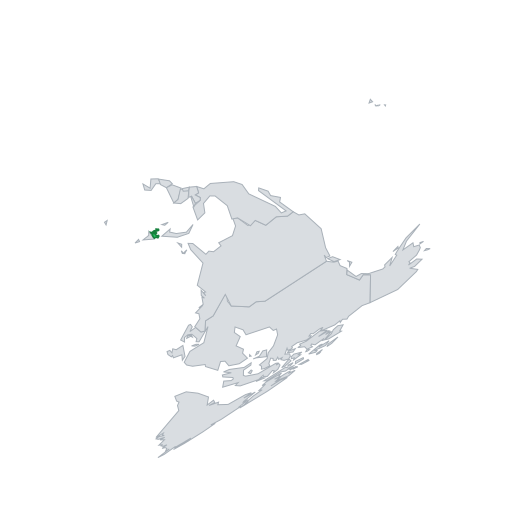 Haiti on a map of North America (Equal Earth projection), rotated 148°
{"feature_id": "HTI", "entity_name": "Haiti", "entity_type": "country or territory", "adm_level": 0, "iso_a3": "HTI", "parent_name": "North America", "parent_adm1": "", "projection": "equal_earth", "projection_center": [-72.755, 19.066], "detail": "fine", "context": "in_parent", "style": "filled", "palette": "green", "viewbox_px": 512, "rotation_deg": 148, "n_neighbors": 17, "source": "natural_earth", "source_scale": "50m", "svg_char_len": 10199}
<svg xmlns="http://www.w3.org/2000/svg" viewBox="0 0 512 512"><g transform="rotate(148 256 256)"><path d="M199.0,214.2L193.3,209.5L189.1,208.2L189.8,203.3L185.5,197.2L188.9,192.2L181.0,180.8L175.0,183.3L168.8,179.4L183.9,156.0L192.3,157.7L209.4,155.8L212.3,154.3L216.2,156.5L219.8,155.0L219.2,156.6L225.7,155.8L238.1,157.7L240.6,158.9L237.0,160.0L240.8,160.5L248.8,159.8L250.6,161.2L253.4,160.0L251.5,159.1L253.2,158.3L257.7,158.0L267.0,160.6L273.7,160.3L273.8,158.8L275.8,158.5L279.0,159.2L278.5,161.4L283.5,157.4L279.3,155.2L280.0,152.9L282.9,151.4L287.5,152.6L289.8,154.9L287.7,156.0L291.6,156.4L291.2,158.7L294.4,156.9L296.7,158.4L295.8,160.1L297.7,161.6L302.1,158.0L302.5,155.6L308.6,156.1L311.4,157.2L309.7,159.5L310.8,161.8L301.0,163.1L296.9,167.5L288.8,170.5L279.4,177.7L277.3,183.2L280.8,183.7L282.2,188.7L306.2,194.5L306.1,200.3L311.4,206.9L314.9,202.6L312.1,196.0L320.5,190.3L316.0,183.6L318.9,180.7L317.4,173.9L327.3,173.5L337.2,177.3L338.0,183.2L342.0,185.3L349.0,179.3L357.4,189.0L356.6,190.9L368.2,196.1L372.6,200.3L373.2,203.9L362.6,210.1L346.2,210.1L334.1,221.6L349.8,213.4L352.2,215.1L349.9,217.3L351.8,223.6L355.4,225.3L359.8,224.8L362.2,220.9L364.4,224.7L349.9,233.0L347.8,232.7L347.6,229.7L352.1,226.9L344.9,227.4L342.9,220.7L339.1,219.4L333.1,227.8L324.1,227.9L303.1,239.7L301.2,238.6L304.2,232.9L303.5,226.7L288.7,216.5L280.1,217.1L272.3,212.9L199.0,214.2ZM303.8,173.5L305.6,172.3L308.8,172.3L305.9,174.3L303.8,173.5ZM315.2,149.7L313.2,148.0L322.5,149.6L318.1,149.6L315.2,149.7ZM313.7,175.7L313.2,173.7L314.7,174.3L313.7,175.7ZM287.5,145.8L286.2,146.4L281.0,145.9L285.3,144.7L287.5,145.8ZM288.0,141.8L283.5,141.7L283.0,141.3L287.0,141.3L288.0,141.8ZM279.2,139.9L285.0,140.5L281.3,141.3L279.2,139.9ZM315.4,145.9L289.9,146.0L287.5,143.6L281.2,142.9L292.2,142.9L296.7,144.7L312.9,144.5L315.4,145.9ZM251.1,141.0L256.7,141.1L249.2,141.5L251.1,141.0ZM254.0,139.9L257.4,140.3L251.7,140.5L254.0,139.9ZM373.7,206.6L371.2,211.5L380.0,213.4L379.5,215.8L381.2,215.3L382.9,219.1L382.1,222.1L379.1,221.6L378.6,218.4L375.8,221.4L373.3,218.8L365.4,218.9L369.4,208.5L373.7,206.6ZM300.5,165.1L309.8,169.5L313.0,170.2L306.3,169.2L300.5,171.9L296.7,170.7L300.5,165.1ZM313.1,151.1L319.3,149.8L338.2,154.2L342.2,157.1L338.3,158.1L353.8,162.4L349.6,167.0L343.1,163.5L340.3,163.8L340.0,165.2L348.2,171.0L347.6,172.9L338.8,170.1L345.0,174.9L338.7,173.9L325.1,167.8L316.7,168.0L318.2,166.2L327.1,165.8L330.0,161.4L328.5,159.6L316.6,155.0L296.0,154.5L294.3,153.7L296.7,152.8L293.7,152.8L293.4,150.8L297.6,148.3L303.0,147.8L301.3,149.0L302.7,150.2L310.2,147.9L313.5,149.9L313.1,151.1ZM281.9,148.5L289.6,147.3L293.4,147.7L282.5,151.1L281.9,148.5ZM229.4,143.9L238.1,141.8L243.9,141.6L241.2,143.2L229.4,143.9ZM178.0,199.9L182.2,197.7L180.0,201.2L181.1,203.8L178.0,199.9ZM266.0,139.3L274.8,140.0L276.7,141.2L266.1,140.6L268.1,140.2L266.0,139.3ZM196.7,215.8L191.4,214.8L186.6,208.4L192.8,209.9L196.7,215.8ZM223.4,147.0L238.3,147.2L241.9,148.4L233.3,150.2L229.5,152.5L223.5,153.5L218.6,151.5L224.7,148.1L223.4,147.0ZM256.4,142.8L263.3,144.9L249.4,146.7L246.3,146.2L250.8,145.5L238.9,145.4L244.6,143.3L256.6,144.9L254.4,143.4L256.4,142.8ZM256.2,149.1L262.1,149.9L262.9,153.3L269.1,156.2L265.5,156.4L265.7,158.1L258.4,157.1L242.0,158.6L234.7,155.4L245.6,154.6L234.1,154.2L233.3,153.4L238.6,152.6L232.0,152.1L242.4,148.7L244.3,149.1L242.9,150.0L253.0,149.4L255.5,151.9L256.9,151.1L256.2,149.1ZM272.4,149.9L270.5,148.6L279.3,147.9L277.5,149.3L280.4,150.2L279.6,151.9L275.9,152.7L268.0,150.2L272.4,149.9ZM260.3,148.2L263.0,148.1L264.5,148.5L262.2,149.8L260.3,148.2ZM270.2,143.6L279.8,143.7L278.3,145.7L269.8,144.8L270.2,143.6ZM283.4,138.3L292.0,137.1L304.3,139.3L297.8,140.7L290.2,140.6L288.3,140.1L290.0,139.2L283.4,138.3ZM293.7,136.4L317.3,135.3L350.5,135.7L339.5,136.8L343.7,136.8L332.8,138.7L321.7,139.3L324.3,139.5L323.0,139.7L324.6,140.4L315.9,142.2L319.5,142.9L314.1,143.8L296.3,143.3L300.0,142.3L299.2,141.2L305.6,141.7L299.9,140.6L305.7,139.3L302.3,138.2L312.2,137.9L301.1,137.9L293.7,136.4ZM324.4,161.0L320.5,161.9L320.0,160.7L322.9,159.1L324.4,161.0ZM275.6,155.0L280.5,157.3L279.0,158.1L271.8,156.6L275.6,155.0ZM351.1,211.3L355.5,211.9L358.3,213.9L353.6,212.9L351.1,211.3ZM352.9,220.8L353.9,222.5L358.4,222.9L356.2,224.5L352.7,223.0L352.9,220.8Z" fill="#d9dde1" stroke="#a8b0b8" stroke-width="1"/><path d="M199.0,214.2L272.3,212.9L280.1,217.1L288.7,216.5L303.5,226.7L302.4,239.7L324.1,227.9L333.1,227.8L339.1,219.4L342.9,220.7L345.4,228.5L336.9,232.5L335.0,237.3L337.4,239.8L327.1,242.4L332.0,242.4L326.4,243.0L323.7,249.7L322.0,247.6L323.3,251.6L320.7,256.0L319.7,248.9L319.7,252.8L317.8,252.2L321.3,262.3L304.7,278.1L308.0,296.0L306.9,302.7L303.0,300.1L297.6,284.0L293.4,285.1L289.7,282.1L280.3,283.1L280.6,287.0L265.2,285.7L257.4,292.3L255.7,300.2L251.4,298.1L246.7,286.1L237.8,286.6L231.4,276.9L218.0,278.5L208.1,273.1L201.0,273.8L197.9,268.1L192.3,265.9L186.3,244.6L192.6,226.1L193.3,216.9L197.2,217.4L197.7,220.6L199.0,214.2ZM183.9,156.0L168.8,179.4L175.0,183.3L181.0,180.8L188.9,192.2L186.1,195.6L182.0,185.6L176.0,185.3L170.2,181.5L155.4,177.8L152.4,178.4L151.6,180.3L141.4,182.6L147.9,176.7L136.2,182.1L137.1,183.5L133.4,185.5L119.1,191.9L100.1,196.3L120.5,188.9L128.2,183.3L115.9,184.0L117.3,180.3L111.8,178.8L112.2,176.1L114.3,174.5L119.4,171.7L129.4,170.1L129.0,168.5L131.5,167.5L121.3,168.3L116.9,165.3L127.0,163.1L132.2,164.2L125.9,158.9L128.2,157.8L153.6,152.5L183.9,156.0ZM104.4,170.0L107.1,170.3L110.3,171.3L107.6,172.1L104.4,170.0ZM75.4,325.0L79.1,325.8L76.0,328.3L75.4,325.0ZM74.8,319.7L75.0,321.5L74.4,320.0L74.8,319.7ZM73.0,318.8L74.3,319.5L72.7,319.3L73.0,318.8ZM70.4,318.5L71.9,318.4L71.7,318.7L70.4,318.5ZM66.8,314.7L66.9,316.1L66.0,315.4L66.8,314.7ZM106.2,179.6L110.5,179.4L109.9,180.5L106.2,179.6ZM131.1,187.5L137.5,187.2L130.6,188.9L131.1,187.5Z" fill="#d9dde1" stroke="#a8b0b8" stroke-width="1"/><path d="M333.9,333.7L333.3,324.3L343.3,329.5L336.1,330.3L333.9,333.7Z" fill="#d9dde1" stroke="#a8b0b8" stroke-width="1"/><path d="M311.4,297.9L314.6,296.2L314.7,297.2L311.4,297.9ZM314.8,295.4L317.1,297.2L316.6,300.0L316.1,297.4L314.8,295.4ZM312.8,305.3L314.4,302.9L315.4,308.5L312.8,305.3Z" fill="#d9dde1" stroke="#a8b0b8" stroke-width="1"/><path d="M379.2,135.7L394.4,135.0L416.2,135.0L428.5,135.6L407.7,136.1L426.8,136.6L425.1,137.2L438.7,136.4L446.0,137.0L431.8,138.3L436.3,138.3L433.6,140.1L434.6,141.6L437.6,142.6L431.6,143.1L435.8,143.9L437.1,145.3L435.1,145.5L438.6,147.0L431.0,148.7L434.9,150.9L429.5,150.6L436.0,152.3L437.7,153.9L434.1,154.3L428.9,152.4L430.3,153.8L428.4,154.9L437.0,155.1L403.4,165.8L401.8,170.8L398.7,172.9L400.2,175.0L399.2,180.0L387.2,177.8L377.9,170.4L371.0,161.6L376.4,155.5L368.4,156.2L368.6,153.6L375.0,154.1L365.2,151.9L367.2,150.1L358.3,144.9L338.3,144.0L332.4,142.5L341.6,142.0L328.7,141.0L343.5,139.2L344.2,138.8L338.9,138.3L350.0,137.0L349.1,136.5L372.4,135.9L383.8,136.7L379.2,135.7Z" fill="#d9dde1" stroke="#a8b0b8" stroke-width="1"/><path d="M201.0,273.8L208.1,273.1L218.0,278.5L231.4,276.9L237.8,286.6L244.7,284.6L251.4,298.1L256.9,300.1L253.7,313.9L258.9,328.6L263.3,331.4L272.7,328.4L276.5,319.7L286.4,317.5L283.5,331.0L273.8,332.8L272.3,335.1L275.2,340.0L271.2,340.0L269.5,346.4L264.6,340.6L256.3,341.7L235.5,330.8L229.9,324.0L229.2,312.5L213.3,287.8L211.7,279.1L206.6,278.3L219.2,310.1L217.6,312.3L211.4,304.6L211.6,299.5L204.2,292.7L207.3,289.3L201.0,273.8Z" fill="#d9dde1" stroke="#a8b0b8" stroke-width="1"/><path d="M315.4,370.9L313.7,377.0L309.9,369.6L304.3,377.0L298.2,373.4L298.0,367.5L302.6,370.4L310.2,367.2L315.4,370.9Z" fill="#d9dde1" stroke="#a8b0b8" stroke-width="1"/><path d="M299.2,367.2L297.8,372.8L289.5,365.6L288.7,361.6L295.8,361.4L299.2,367.2Z" fill="#d9dde1" stroke="#a8b0b8" stroke-width="1"/><path d="M295.8,361.4L289.4,360.8L283.5,353.2L292.1,345.3L297.6,344.5L295.8,361.4Z" fill="#d9dde1" stroke="#a8b0b8" stroke-width="1"/><path d="M297.6,344.5L292.1,345.3L284.6,352.9L278.4,346.9L283.1,340.9L292.1,340.3L297.6,344.5Z" fill="#d9dde1" stroke="#a8b0b8" stroke-width="1"/><path d="M278.4,346.9L283.4,349.5L282.8,352.2L276.0,349.7L278.4,346.9Z" fill="#d9dde1" stroke="#a8b0b8" stroke-width="1"/><path d="M269.5,346.4L271.2,340.0L275.2,340.0L272.3,335.1L273.8,332.8L279.5,332.8L279.0,340.8L282.0,341.4L278.4,346.9L276.0,349.7L269.5,346.4Z" fill="#d9dde1" stroke="#a8b0b8" stroke-width="1"/><path d="M279.5,332.8L282.7,330.6L279.9,340.8L279.0,340.8L279.5,332.8Z" fill="#d9dde1" stroke="#a8b0b8" stroke-width="1"/><path d="M347.1,329.9L351.7,331.1L346.8,332.3L347.1,329.9Z" fill="#d9dde1" stroke="#a8b0b8" stroke-width="1"/><path d="M312.6,331.1L317.1,330.4L319.2,332.5L312.6,331.1Z" fill="#d9dde1" stroke="#a8b0b8" stroke-width="1"/><path d="M301.0,310.8L312.8,313.6L325.4,322.7L314.5,324.4L316.6,322.1L311.7,317.3L302.4,313.1L292.7,316.1L301.0,310.8Z" fill="#d9dde1" stroke="#a8b0b8" stroke-width="1"/><path d="M363.4,365.0L366.7,361.8L366.6,364.9L363.4,365.0Z" fill="#d9dde1" stroke="#a8b0b8" stroke-width="1"/><path d="M332.7,325.0L332.8,325.1L332.9,325.9L333.0,326.2L332.8,326.6L332.8,326.8L333.1,327.1L333.1,327.3L332.9,327.7L332.7,328.0L332.7,328.3L332.9,328.5L332.9,329.0L332.6,329.4L332.5,329.5L332.1,329.5L332.2,329.9L332.5,330.3L332.8,330.6L332.9,330.9L332.8,331.2L332.8,331.9L332.5,331.6L332.2,331.3L332.1,331.2L331.9,331.1L330.5,331.1L330.4,331.2L330.3,331.3L330.1,331.3L329.8,331.4L329.4,331.4L328.5,331.2L328.2,331.1L327.8,331.0L327.4,331.0L327.0,331.1L326.7,331.3L326.5,331.5L326.4,331.8L326.0,331.5L325.7,331.2L325.3,330.9L324.7,330.6L324.5,330.4L324.5,330.2L324.8,329.5L325.1,329.3L325.6,329.4L326.0,329.6L326.4,329.7L326.9,329.7L327.2,329.9L329.3,330.2L329.6,330.3L329.8,330.2L330.0,329.9L330.8,329.7L331.0,329.5L331.0,329.3L330.6,329.0L330.1,328.4L329.6,327.6L329.8,327.4L329.7,326.9L329.8,326.5L329.9,326.1L329.4,325.8L328.8,325.4L328.0,325.3L327.8,325.2L327.7,325.0L327.8,324.6L328.0,324.4L328.3,324.3L328.6,324.2L329.4,324.1L330.1,324.2L330.7,324.6L331.4,324.9L332.2,325.0L332.6,325.1L332.7,325.0ZM329.6,328.8L329.5,329.1L328.8,328.8L328.1,328.4L328.2,328.1L328.5,328.1L328.8,328.2L329.3,328.5L329.6,328.8ZM330.0,323.7L330.2,323.8L329.8,323.8L329.5,323.7L329.4,323.7L329.1,323.6L329.3,323.5L329.5,323.4L329.6,323.5L330.0,323.7Z" fill="#22c55e" stroke="#15803d" stroke-width="1.5"/></g></svg>